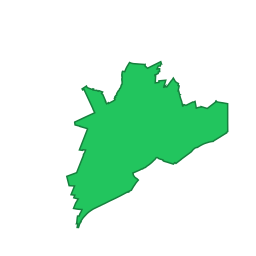 the district of Goirle, Noord-Brabant, Netherlands, rotated 147°
{"feature_id": "6326949B96692353293855", "entity_name": "Goirle", "entity_type": "district", "adm_level": 2, "iso_a3": "NLD", "parent_name": "Netherlands", "parent_adm1": "Noord-Brabant", "projection": "natural_earth1", "projection_center": [5.032, 51.506], "detail": "fine", "context": "isolated", "style": "filled", "palette": "green", "viewbox_px": 256, "rotation_deg": 147, "n_neighbors": 0, "source": "geoboundaries", "source_scale": "gbopen_adm2", "svg_char_len": 5067}
<svg xmlns="http://www.w3.org/2000/svg" viewBox="0 0 256 256"><g transform="rotate(147 128 128)"><path d="M31.2,94.1L34.4,97.1L37.9,100.2L38.8,101.1L39.1,101.4L39.2,101.8L39.3,101.9L39.4,102.8L39.8,102.7L39.7,102.1L48.4,101.4L48.5,101.4L50.9,101.2L55.1,106.2L55.5,105.8L56.7,106.5L58.2,107.0L58.7,107.1L59.9,107.5L57.3,113.8L58.8,114.0L59.4,114.3L59.5,114.5L67.0,115.4L68.4,117.2L70.0,116.5L70.2,116.8L69.8,117.6L69.7,118.1L69.5,118.3L69.3,119.0L68.6,120.9L68.5,121.2L67.7,124.5L66.6,127.8L66.4,127.8L66.5,127.9L66.5,128.0L65.3,131.5L65.8,131.8L62.2,135.4L62.9,136.4L61.5,137.8L62.6,139.8L62.6,140.0L62.9,140.9L63.0,141.9L62.9,142.5L62.8,145.2L64.5,144.4L65.8,144.1L73.1,141.3L74.2,142.3L73.7,142.8L74.3,142.7L75.6,142.5L75.8,142.6L75.8,142.8L70.3,147.5L76.4,150.7L77.3,149.4L80.6,151.0L76.5,156.6L76.8,156.6L77.0,157.0L76.5,157.9L75.2,157.6L73.0,157.3L72.2,158.4L70.9,158.1L70.7,158.5L70.5,158.4L70.0,159.5L69.8,159.6L69.2,160.5L71.5,161.7L68.8,163.5L67.2,162.4L65.0,164.2L64.9,164.0L64.4,165.8L77.3,167.3L79.1,167.5L79.2,167.9L79.5,169.1L79.5,169.4L79.9,170.0L79.9,170.4L79.8,170.6L79.7,170.9L79.4,171.4L79.0,172.0L79.3,172.1L88.5,179.1L89.8,180.4L90.3,181.1L91.0,182.1L95.4,180.0L97.0,179.1L99.4,177.5L100.1,177.0L100.5,177.3L100.7,177.6L100.8,177.8L101.4,178.2L101.5,178.3L101.7,178.5L102.0,178.3L102.4,178.0L103.1,177.3L103.2,177.2L103.3,177.0L103.4,176.9L103.5,176.6L103.9,176.3L104.0,176.2L104.3,175.9L104.3,175.7L104.5,175.5L104.5,175.4L104.6,175.1L104.9,174.8L104.9,174.7L104.9,174.4L105.1,174.3L105.2,174.1L105.3,173.8L105.4,173.6L105.6,173.3L105.8,173.1L106.1,172.9L106.3,172.7L106.4,172.4L106.5,172.2L106.8,172.0L106.8,171.9L107.0,171.5L107.2,171.2L107.3,171.1L107.4,170.9L107.3,170.7L107.3,170.4L107.7,170.1L108.0,169.6L108.2,169.3L108.3,169.0L108.7,168.6L109.2,168.0L109.3,167.9L109.6,167.9L109.8,167.9L110.1,167.6L110.6,167.4L110.8,167.1L111.1,166.8L111.2,166.7L111.8,166.3L112.3,166.0L112.8,165.6L113.0,165.5L113.6,165.5L113.8,165.4L114.0,165.2L114.5,164.9L114.8,164.7L115.0,164.6L115.3,164.4L115.5,164.4L115.8,164.4L116.1,164.4L116.3,164.3L116.3,164.2L117.9,163.5L118.3,163.1L118.7,163.0L118.7,162.9L118.9,162.5L119.0,162.4L119.4,162.3L119.6,162.2L119.8,161.9L119.8,161.7L120.0,161.7L120.4,161.8L120.6,161.8L120.9,161.6L121.2,161.6L121.5,161.5L121.8,161.4L122.0,161.3L122.1,161.2L122.0,160.7L121.9,160.5L121.9,160.4L122.0,160.4L122.2,160.6L122.3,160.6L123.1,160.4L123.3,160.3L123.3,160.1L123.2,160.0L123.2,159.9L123.3,159.8L123.4,159.5L123.5,159.1L123.5,158.8L125.8,158.7L130.9,159.2L130.7,159.9L132.7,159.9L132.6,162.3L132.2,162.3L130.9,169.8L131.4,171.3L129.7,172.0L132.1,175.2L132.9,175.0L133.4,175.8L133.6,176.6L133.9,176.6L134.6,177.1L135.8,178.2L136.1,178.4L136.6,179.0L135.7,179.5L136.1,180.0L136.8,179.7L137.5,180.4L139.3,182.8L139.5,183.0L139.8,183.6L140.1,184.3L140.2,184.6L140.2,184.8L140.2,185.0L140.0,185.8L145.2,185.8L145.3,184.6L143.9,184.4L146.8,163.8L147.1,162.7L147.6,158.9L156.6,160.2L169.5,162.0L169.6,161.9L170.7,159.4L167.1,155.4L167.3,155.3L162.2,149.4L161.9,149.6L180.7,136.1L178.2,133.9L177.6,134.4L175.6,132.6L177.6,131.1L178.5,130.6L179.0,130.4L179.6,130.2L179.9,129.9L180.2,129.5L180.3,129.3L180.7,129.0L182.0,128.0L182.2,127.9L195.4,118.5L195.6,118.6L195.9,118.6L205.7,120.8L208.8,111.7L204.4,108.5L212.1,103.1L209.2,100.6L211.5,99.0L208.4,95.6L212.8,93.5L217.5,90.2L216.0,88.8L215.4,88.2L214.7,87.6L214.0,87.0L212.2,85.6L211.0,84.7L211.9,84.1L212.0,84.0L212.1,83.8L213.0,83.3L214.5,82.5L215.2,82.1L215.3,82.1L216.8,80.8L218.3,81.6L218.6,81.2L219.5,80.3L219.7,80.0L220.3,79.3L221.0,78.4L222.5,76.5L223.4,75.8L222.2,75.1L223.8,73.4L224.8,72.3L223.7,71.5L221.2,73.6L219.3,74.7L219.1,74.6L218.6,74.9L218.9,75.1L218.2,75.5L217.5,75.9L216.5,76.3L215.6,76.7L214.6,77.1L212.8,77.6L211.1,78.0L209.6,78.4L208.0,78.7L206.3,78.9L204.0,79.0L202.6,79.0L201.5,79.0L200.5,78.9L199.0,78.7L190.0,77.6L189.5,77.5L189.0,77.4L188.8,77.4L186.0,77.1L185.9,77.1L184.3,76.9L184.0,76.9L176.6,75.9L171.2,75.3L165.2,74.8L163.4,74.6L162.6,74.4L162.7,74.1L162.1,74.0L162.1,74.3L161.3,74.3L160.5,74.2L159.0,74.0L157.7,74.7L156.5,75.3L155.3,75.9L153.3,76.7L152.0,77.3L150.7,77.8L148.4,78.5L147.7,78.7L148.1,80.6L148.9,82.3L149.1,83.1L149.2,84.9L149.1,85.9L149.0,86.1L148.8,86.3L148.7,86.6L148.5,87.6L140.6,86.3L140.4,86.4L138.7,86.1L138.5,85.9L137.7,85.7L137.2,85.9L136.1,85.7L135.2,85.5L134.4,85.5L133.0,85.7L129.9,85.8L129.0,85.9L127.4,86.1L126.2,86.3L123.4,86.9L122.7,86.9L122.0,87.2L121.6,87.3L121.4,87.4L120.3,87.8L120.0,87.9L120.0,88.0L119.9,87.7L119.3,86.8L119.0,86.1L118.8,85.5L118.7,85.4L117.9,84.3L116.5,82.8L116.4,82.6L116.2,82.4L116.1,82.2L116.0,81.8L116.3,81.6L116.0,81.3L116.0,80.6L115.9,80.5L112.8,76.9L112.7,76.7L112.2,76.1L109.6,73.0L109.4,73.0L107.6,73.5L107.5,73.4L107.1,72.2L104.3,72.4L100.6,72.7L100.6,72.8L92.4,73.3L90.5,73.4L87.8,73.6L84.9,74.5L82.2,74.7L80.3,73.9L78.2,73.9L76.3,73.8L75.3,73.7L73.4,73.5L71.5,73.1L69.7,72.6L67.9,72.1L67.0,71.8L65.3,71.1L64.4,70.7L64.0,70.4L62.1,70.6L61.6,70.5L50.6,70.3L48.1,70.2L48.0,70.6L46.3,70.7L40.8,79.3L38.9,82.2L31.2,94.1Z" fill="#22c55e" stroke="#15803d" stroke-width="1.5"/></g></svg>